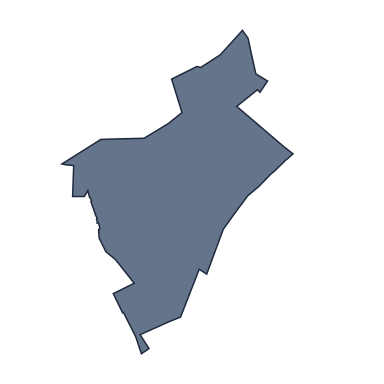 outline of San Nicolás, Tamaulipas, Mexico, rotated 236°
{"feature_id": "50627088B43321963844579", "entity_name": "San Nicolás", "entity_type": "district", "adm_level": 2, "iso_a3": "MEX", "parent_name": "Mexico", "parent_adm1": "Tamaulipas", "projection": "albers", "projection_center": [-98.76, 24.622], "detail": "fine", "context": "isolated", "style": "filled", "palette": "slate", "viewbox_px": 384, "rotation_deg": 236, "n_neighbors": 0, "source": "geoboundaries", "source_scale": "gbopen_adm2", "svg_char_len": 1404}
<svg xmlns="http://www.w3.org/2000/svg" viewBox="0 0 384 384"><g transform="rotate(236 192 192)"><path d="M86.2,68.6L86.5,68.8L102.7,69.2L102.1,72.9L97.2,101.0L94.7,112.6L123.6,154.3L123.9,154.7L115.7,158.3L134.5,184.4L143.6,197.1L149.9,214.0L153.4,223.8L153.5,224.3L157.7,236.2L159.3,251.0L162.7,267.0L163.3,272.8L164.0,276.4L165.3,283.8L165.8,286.4L166.0,287.1L166.2,290.3L166.5,292.0L166.8,294.5L167.1,297.1L177.5,293.7L206.3,285.7L211.1,284.4L219.0,282.2L226.9,280.0L238.0,276.9L238.1,279.4L238.4,282.2L238.5,283.6L238.7,285.6L238.8,287.8L239.2,291.6L239.2,292.5L239.3,293.5L239.5,295.2L239.6,296.7L240.2,303.5L236.6,304.1L241.8,316.7L254.2,311.0L274.7,319.0L282.7,322.3L288.0,324.4L288.5,324.4L290.0,324.4L297.8,324.2L290.0,292.5L290.0,288.7L290.4,268.7L292.8,266.8L293.4,265.8L297.0,238.2L293.9,237.3L263.4,228.1L262.0,209.7L263.4,182.2L281.9,153.3L282.3,152.6L282.6,152.2L286.6,145.7L288.0,99.8L284.5,103.3L280.1,108.7L255.0,90.5L248.4,100.3L251.5,106.5L249.7,105.8L246.7,104.7L244.5,104.0L242.7,104.3L241.0,104.0L240.8,102.9L229.4,99.9L228.3,100.0L227.8,99.3L223.4,98.7L222.9,97.6L219.9,96.7L219.4,96.0L219.0,97.0L217.6,97.0L216.9,96.5L214.2,95.7L213.1,94.9L213.2,93.8L211.6,92.6L210.5,92.5L210.4,91.9L205.6,89.2L190.7,87.2L179.0,90.7L169.6,91.5L148.7,93.0L151.8,69.9L141.1,68.4L130.6,66.9L130.4,67.8L103.5,64.4L86.2,59.6L86.2,68.6Z" fill="#64748b" stroke="#1e293b" stroke-width="1.5"/></g></svg>